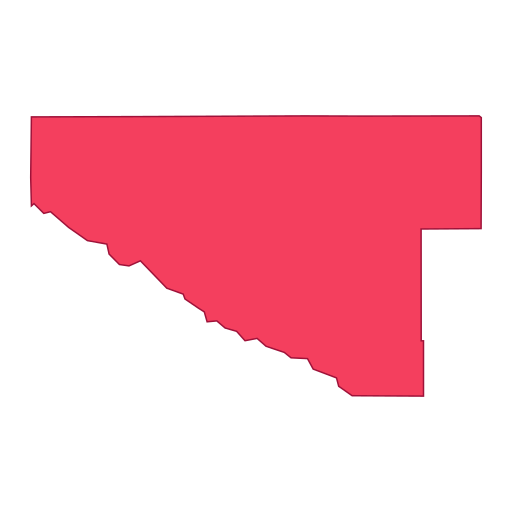 Renville, Minnesota, United States of America
{"feature_id": "52423323B30045051318693", "entity_name": "Renville", "entity_type": "district", "adm_level": 2, "iso_a3": "USA", "parent_name": "United States of America", "parent_adm1": "Minnesota", "projection": "mercator", "projection_center": [-95.036, 44.674], "detail": "fine", "context": "isolated", "style": "filled", "palette": "rose", "viewbox_px": 512, "rotation_deg": 0, "n_neighbors": 0, "source": "geoboundaries", "source_scale": "gbopen_adm2", "svg_char_len": 652}
<svg xmlns="http://www.w3.org/2000/svg" viewBox="0 0 512 512"><path d="M138.4,116.6L31.4,116.9L30.7,177.6L31.4,205.9L34.0,203.6L43.8,213.4L50.5,211.7L68.6,227.4L87.4,240.6L106.9,244.1L109.1,254.1L119.4,264.5L129.0,265.9L140.4,260.8L166.8,288.2L183.2,294.1L185.0,299.0L198.5,308.2L204.3,311.9L207.1,321.8L216.8,320.9L225.1,328.0L236.6,331.3L245.0,340.7L257.1,338.4L266.1,346.3L284.3,352.4L291.0,357.8L307.5,358.6L313.2,369.1L336.5,377.9L338.7,386.3L352.1,395.7L423.5,396.1L423.5,340.8L421.2,340.8L421.1,229.0L481.1,228.6L481.3,172.2L481.3,117.6L479.2,115.9L362.4,116.1L304.6,115.9L138.4,116.6Z" fill="#f43f5e" stroke="#9f1239" stroke-width="1.5"/></svg>